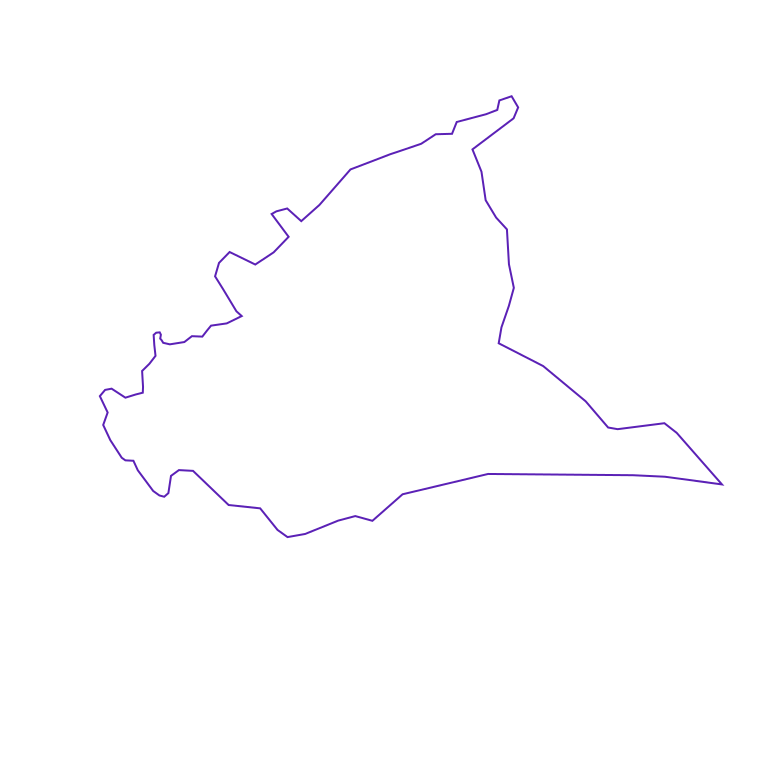 the district of Banamba, Koulikoro, Mali, rotated 68°
{"feature_id": "8926073B21738268784100", "entity_name": "Banamba", "entity_type": "district", "adm_level": 2, "iso_a3": "MLI", "parent_name": "Mali", "parent_adm1": "Koulikoro", "projection": "equal_earth", "projection_center": [-7.411, 13.87], "detail": "fine", "context": "isolated", "style": "outline", "palette": "violet", "viewbox_px": 768, "rotation_deg": 68, "n_neighbors": 0, "source": "geoboundaries", "source_scale": "gbopen_adm2", "svg_char_len": 1317}
<svg xmlns="http://www.w3.org/2000/svg" viewBox="0 0 768 768"><g transform="rotate(68 384 384)"><path d="M506.5,446.0L493.2,408.1L506.4,321.2L561.8,187.4L575.2,158.3L603.7,108.3L539.0,130.9L525.4,138.7L513.4,184.3L508.3,192.5L475.6,203.5L427.0,229.7L389.2,262.4L375.5,253.9L358.4,239.0L343.5,227.6L319.8,223.3L286.7,212.1L271.7,217.7L251.7,220.9L223.7,214.1L199.6,214.1L186.2,164.3L177.8,156.0L165.0,157.9L164.3,170.8L172.3,176.3L172.1,188.3L168.3,218.4L177.5,227.2L171.8,242.5L175.2,259.5L173.8,284.4L173.3,292.1L172.5,334.7L193.8,376.8L202.0,399.7L185.0,408.0L183.6,419.1L184.3,424.5L211.8,417.3L220.6,437.0L225.0,458.6L203.8,477.7L209.9,491.6L220.9,500.3L235.6,497.7L261.3,493.6L267.7,490.5L268.9,507.1L265.1,522.5L268.1,528.0L272.0,534.7L267.7,544.2L270.3,553.4L267.0,567.7L263.1,573.3L260.0,573.8L258.1,574.5L254.7,572.4L252.1,572.6L251.1,576.0L252.2,579.2L261.9,582.4L272.3,585.3L277.4,594.0L281.3,603.4L296.4,608.5L301.7,610.9L300.7,618.2L299.8,628.9L286.3,638.3L285.0,644.8L288.8,652.0L306.9,650.9L316.8,659.7L333.5,658.8L354.1,654.8L357.9,652.4L361.3,645.1L371.7,644.6L396.7,638.1L403.2,634.0L406.2,630.0L404.4,624.8L389.4,615.9L387.0,606.4L393.0,593.6L438.0,573.4L452.9,545.4L479.4,537.4L489.8,530.8L493.5,513.3L493.5,477.7L495.7,460.1L506.5,446.0Z" fill="none" stroke="#5b21b6" stroke-width="2"/></g></svg>